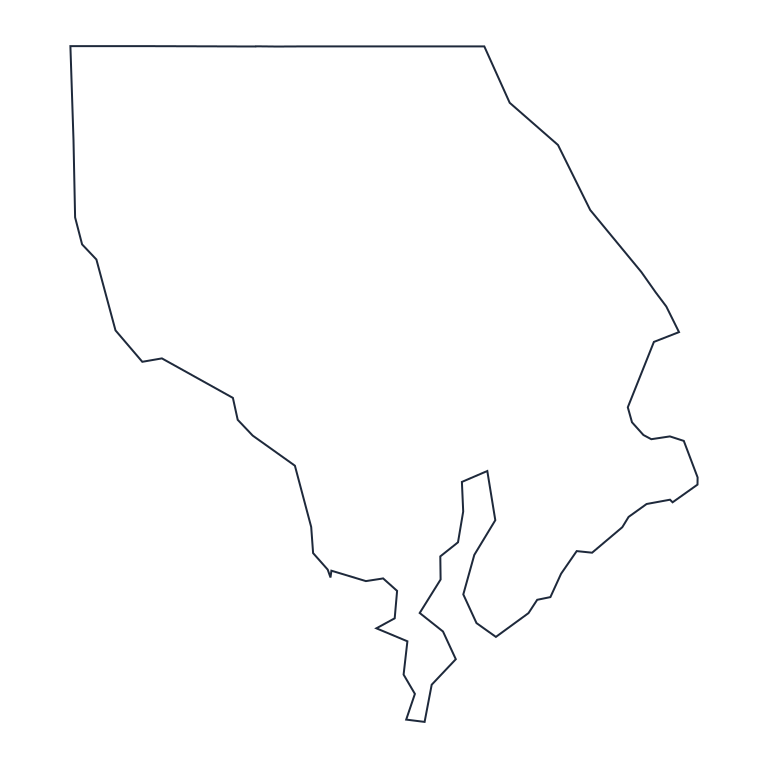 Harford, Maryland, United States of America (Albers equal-area conic projection)
{"feature_id": "52423323B62898369623051", "entity_name": "Harford", "entity_type": "district", "adm_level": 2, "iso_a3": "USA", "parent_name": "United States of America", "parent_adm1": "Maryland", "projection": "albers", "projection_center": [-76.28, 39.511], "detail": "fine", "context": "isolated", "style": "outline", "palette": "slate", "viewbox_px": 768, "rotation_deg": 0, "n_neighbors": 0, "source": "geoboundaries", "source_scale": "gbopen_adm2", "svg_char_len": 1129}
<svg xmlns="http://www.w3.org/2000/svg" viewBox="0 0 768 768"><path d="M330.5,577.5L331.4,570.7L339.4,573.1L365.9,581.1L381.5,578.7L383.1,578.4L397.1,590.9L394.7,618.3L376.4,628.3L377.3,628.7L407.4,641.3L403.6,674.6L414.9,693.9L406.2,719.6L424.6,721.9L431.7,684.7L455.8,659.2L443.0,631.5L419.7,613.0L440.6,579.5L440.3,556.4L458.0,542.3L463.2,511.5L461.9,481.9L487.3,471.0L495.3,520.2L474.3,554.9L463.3,594.4L476.5,623.1L495.9,636.9L528.5,613.1L537.2,599.8L550.4,597.1L561.1,573.7L576.7,551.1L592.1,552.7L622.3,527.2L628.6,516.9L646.6,504.0L670.0,499.7L672.6,502.3L697.5,484.6L697.6,477.4L683.8,440.9L669.9,436.4L651.3,439.2L643.4,435.0L632.0,422.3L627.8,407.3L653.9,341.9L679.0,332.1L666.3,306.5L655.7,292.4L641.4,272.1L590.2,210.0L558.0,145.0L509.7,102.8L484.3,46.4L484.1,46.4L476.4,46.4L303.3,46.4L302.7,46.4L284.2,46.5L273.5,46.5L255.8,46.3L255.7,46.5L226.8,46.4L165.7,46.2L134.7,46.1L70.4,46.1L73.5,140.2L75.1,217.4L82.1,244.4L96.4,259.5L115.5,330.4L142.3,361.8L161.9,358.4L232.9,397.9L237.7,419.8L252.7,435.6L294.9,465.7L311.2,527.0L313.1,553.1L327.7,569.6L330.5,577.5Z" fill="none" stroke="#1e293b" stroke-width="2"/></svg>